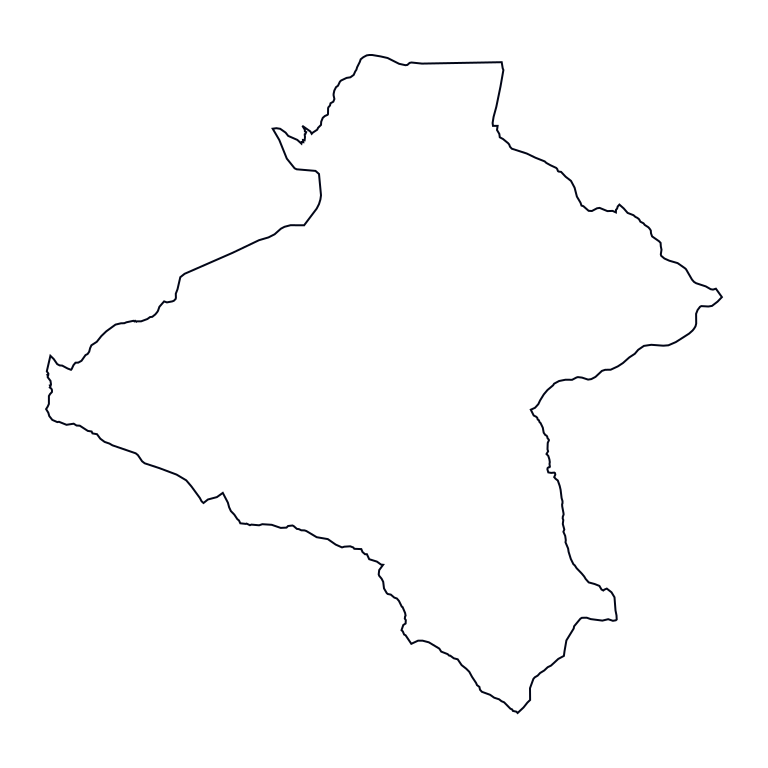 the district of Racos, Brasov, Romania
{"feature_id": "2599482B67476847069739", "entity_name": "Racos", "entity_type": "district", "adm_level": 2, "iso_a3": "ROU", "parent_name": "Romania", "parent_adm1": "Brasov", "projection": "albers", "projection_center": [25.432, 46.029], "detail": "fine", "context": "isolated", "style": "outline", "palette": "ink", "viewbox_px": 768, "rotation_deg": 0, "n_neighbors": 0, "source": "geoboundaries", "source_scale": "gbopen_adm2", "svg_char_len": 6041}
<svg xmlns="http://www.w3.org/2000/svg" viewBox="0 0 768 768"><path d="M616.7,619.5L616.5,615.4L615.5,610.4L614.5,597.3L611.5,592.3L606.8,588.6L604.4,589.6L603.3,590.5L601.5,589.5L599.4,585.9L594.6,584.0L588.7,582.4L585.7,579.0L584.2,576.5L581.8,573.6L576.6,568.2L574.8,565.4L573.4,564.2L570.8,558.9L568.6,551.8L568.1,548.5L565.5,542.3L565.8,540.2L565.2,535.9L563.4,531.8L564.3,529.5L562.8,524.0L563.3,520.0L562.7,518.5L562.8,516.7L563.6,514.6L563.5,513.2L562.2,506.3L562.1,504.2L562.5,503.3L562.5,501.1L561.6,498.1L560.6,489.8L559.7,485.9L557.8,480.5L555.6,478.8L554.2,477.1L555.3,474.7L555.0,473.1L554.3,472.6L551.2,472.9L548.3,472.4L547.4,469.3L547.6,468.1L548.5,467.3L549.6,467.2L549.9,466.5L549.5,464.0L549.8,462.1L549.4,459.4L548.3,455.9L546.5,454.0L548.1,451.3L547.5,449.3L547.7,443.7L547.8,442.7L548.9,440.4L548.8,439.7L547.5,438.1L547.2,436.6L546.5,435.6L545.3,435.0L543.7,432.7L542.8,427.7L540.6,423.1L539.6,422.2L538.9,420.3L537.7,419.5L537.2,417.7L536.1,416.7L533.7,415.5L530.8,409.7L535.0,407.8L538.3,404.2L540.1,400.4L543.8,394.4L547.5,390.0L553.1,385.3L554.1,383.7L559.1,381.0L565.6,379.7L572.1,379.8L576.5,377.5L577.9,377.1L582.0,377.6L588.1,379.6L591.3,379.1L595.5,376.9L601.9,370.9L605.2,369.8L610.7,369.7L617.8,366.4L623.0,363.0L629.3,357.4L634.8,353.8L638.2,349.8L643.9,345.9L651.3,344.8L663.3,345.7L668.4,345.3L675.8,342.1L689.1,333.6L692.6,330.5L694.1,328.6L695.5,326.3L696.2,323.6L696.1,313.8L697.6,310.0L700.0,306.8L701.3,306.1L708.4,306.5L712.0,305.9L717.6,301.6L721.9,297.1L715.9,288.7L713.0,289.6L710.7,289.2L705.8,286.4L696.1,283.2L694.0,281.9L692.0,279.6L686.0,269.2L684.9,268.2L677.6,263.1L669.3,260.7L664.4,258.5L661.2,255.8L660.8,254.4L661.5,249.7L660.8,246.3L660.6,242.9L659.1,241.3L652.1,236.4L651.0,233.3L650.8,230.5L649.7,228.8L648.4,227.3L644.7,224.9L643.5,223.3L640.4,221.7L639.1,219.3L637.4,217.9L635.4,216.9L633.5,215.2L627.6,212.9L623.7,208.4L619.4,204.6L617.7,206.5L617.1,208.6L616.0,209.8L615.9,212.4L612.6,210.9L607.4,211.1L599.6,207.9L597.0,208.3L591.9,211.0L588.6,210.8L583.4,206.2L581.5,205.6L580.5,202.7L576.9,196.6L574.6,187.7L571.0,180.9L565.6,176.7L561.1,171.9L558.5,171.5L557.9,171.0L557.2,169.0L556.2,167.9L550.4,165.2L546.3,162.9L544.7,161.4L535.4,157.7L526.7,153.5L511.8,148.7L510.0,146.7L509.2,144.5L508.1,143.2L503.0,139.0L499.8,137.3L499.3,133.9L497.0,130.0L497.6,125.9L493.0,125.9L492.6,123.0L493.6,116.8L496.3,106.9L500.5,86.5L503.4,70.0L502.7,68.3L501.7,62.2L422.0,63.6L411.5,62.5L409.6,62.9L407.4,64.9L405.5,65.2L399.1,63.8L387.6,58.0L380.5,56.4L372.2,55.0L369.3,55.0L366.7,55.4L363.3,57.2L360.7,59.3L359.8,61.9L357.1,67.3L356.4,69.7L355.2,71.5L353.7,74.9L350.4,77.3L346.6,77.9L341.1,80.5L339.9,81.7L338.0,85.7L336.0,87.2L334.3,90.6L333.6,94.0L333.6,95.4L334.4,99.0L333.3,101.7L330.5,103.3L330.0,105.5L328.4,107.3L328.1,108.2L328.0,114.1L327.6,114.8L324.9,116.0L322.8,117.8L321.2,121.7L321.0,124.9L318.1,127.8L317.2,129.7L312.8,132.6L311.7,133.8L310.4,131.5L303.0,126.3L302.8,126.5L304.8,129.7L304.9,131.4L306.2,132.1L305.3,134.1L304.8,134.2L304.7,134.8L305.0,136.9L304.6,140.3L303.0,140.0L303.3,142.2L301.7,142.0L301.4,143.6L297.3,139.9L288.2,135.9L285.6,132.6L280.2,128.8L276.4,128.2L272.7,128.7L279.3,140.0L286.8,158.6L294.6,168.3L296.7,169.3L315.5,170.9L319.0,174.0L321.0,195.3L320.4,199.5L319.0,204.1L316.7,208.6L304.1,225.3L290.6,225.2L284.5,226.8L280.9,228.7L274.6,234.3L268.5,237.4L259.0,240.2L232.6,252.8L184.6,273.8L180.3,277.2L177.5,289.3L175.8,293.7L175.9,297.8L175.6,299.0L173.8,300.8L172.2,301.4L166.9,302.4L164.1,301.4L159.4,306.8L158.0,310.8L157.2,312.1L155.3,314.4L152.3,316.8L150.0,317.1L147.4,319.0L141.2,321.3L136.7,321.3L136.3,321.7L135.1,320.8L134.4,321.4L133.4,320.8L126.4,322.3L124.3,323.2L120.9,323.3L115.5,324.6L106.3,331.3L101.3,336.1L96.8,341.8L91.4,345.3L90.1,348.2L89.2,351.7L87.6,354.0L85.5,355.1L81.5,360.8L78.3,362.6L75.5,362.7L73.5,365.1L71.7,369.0L71.0,369.8L67.6,368.5L62.2,365.6L59.6,365.4L57.2,364.1L53.7,359.0L50.4,355.8L46.8,371.3L48.4,373.7L48.3,374.4L47.4,374.9L48.1,375.7L47.7,376.5L47.7,377.2L50.5,380.9L50.7,382.4L51.0,384.3L50.8,385.1L49.9,385.4L50.4,386.5L49.8,387.5L51.3,388.6L51.9,389.8L52.0,391.0L51.9,392.1L50.1,394.0L48.9,396.0L48.9,403.9L47.7,406.6L46.1,409.1L48.3,412.7L49.3,416.1L52.3,419.9L57.3,422.1L59.0,421.8L66.5,424.8L73.7,423.7L76.5,425.5L79.8,425.7L87.8,430.9L91.6,431.5L92.5,433.4L97.0,434.2L100.3,438.7L104.6,441.9L109.5,443.6L112.4,445.3L135.7,453.3L137.9,455.1L142.1,461.3L144.7,463.3L159.3,468.1L176.6,474.6L186.2,480.3L191.4,486.4L199.8,497.9L201.6,501.3L203.5,503.0L207.9,499.5L216.9,497.1L222.8,492.9L227.9,502.7L229.1,507.2L230.9,511.1L234.3,514.6L237.3,519.1L239.0,520.5L240.3,523.3L245.9,523.9L246.6,523.6L249.9,525.2L251.4,524.6L259.1,525.3L262.3,524.2L271.7,524.8L280.7,527.9L286.5,527.6L288.1,526.0L292.5,525.5L293.7,526.1L296.9,528.9L298.8,529.1L301.3,530.3L304.5,530.4L306.3,531.0L316.7,537.2L327.8,539.1L335.7,544.6L342.0,547.4L344.3,546.7L350.2,546.3L353.3,547.5L354.3,548.8L361.3,549.1L362.5,552.0L365.0,554.2L366.9,554.2L369.2,559.2L376.9,561.6L381.1,564.6L383.1,564.8L379.2,570.1L378.7,574.4L379.2,575.8L381.6,578.7L383.2,581.8L384.0,588.4L386.8,593.2L387.8,594.0L390.8,594.6L394.3,597.6L396.9,598.5L399.0,601.0L401.8,606.7L402.6,607.1L405.1,613.0L405.6,615.7L405.1,616.4L404.8,618.6L405.8,620.1L405.6,623.5L403.3,625.0L401.5,630.2L402.8,631.4L404.1,634.5L405.6,635.3L411.3,643.8L418.0,640.7L422.7,640.7L428.8,642.3L439.3,648.6L441.2,651.6L447.6,654.1L449.3,655.7L450.3,655.7L453.8,658.3L457.7,659.3L461.6,665.1L466.2,668.7L469.3,671.8L472.0,676.8L476.1,683.0L477.0,685.1L479.4,686.9L480.0,689.7L481.9,691.8L490.1,694.8L494.2,697.7L499.1,699.3L501.5,701.2L504.1,702.3L510.4,708.7L512.2,709.5L512.9,710.9L516.4,711.7L517.6,713.0L523.5,707.5L527.4,702.6L530.1,700.0L530.0,688.2L533.4,678.9L534.8,677.3L537.7,675.6L540.1,673.0L544.2,670.5L547.7,667.2L551.0,665.6L558.3,658.9L563.9,655.9L564.5,651.3L566.4,640.4L573.7,628.5L574.1,626.3L580.4,618.7L581.9,617.8L586.7,617.7L590.7,619.1L602.4,620.6L608.2,619.2L612.9,620.8L615.8,620.3L616.7,619.5Z" fill="none" stroke="#020617" stroke-width="2"/></svg>